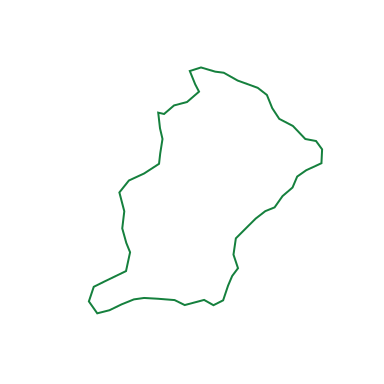 Kyra, Cyprus, rotated 158°
{"feature_id": "46923920B69110697471106", "entity_name": "Kyra", "entity_type": "district", "adm_level": 2, "iso_a3": "CYP", "parent_name": "Cyprus", "parent_adm1": "", "projection": "albers", "projection_center": [33.068, 35.212], "detail": "fine", "context": "isolated", "style": "outline", "palette": "green", "viewbox_px": 384, "rotation_deg": 158, "n_neighbors": 0, "source": "geoboundaries", "source_scale": "gbopen_adm2", "svg_char_len": 878}
<svg xmlns="http://www.w3.org/2000/svg" viewBox="0 0 384 384"><g transform="rotate(158 192 192)"><path d="M57.9,192.8L67.1,198.7L73.7,215.4L83.7,227.1L86.2,239.7L86.2,253.9L92.0,263.9L100.4,271.5L107.9,278.2L117.9,290.7L125.4,294.9L137.0,304.1L148.7,305.0L148.7,290.7L147.9,282.4L162.9,277.3L176.2,279.0L188.7,274.8L193.6,278.2L197.8,263.1L199.5,252.2L207.0,239.7L212.0,230.5L229.5,227.1L246.2,226.3L259.5,218.8L262.0,199.5L270.3,184.4L272.0,169.4L272.0,159.3L282.8,143.4L306.9,141.8L318.6,140.9L328.6,129.2L325.3,115.0L312.8,113.3L299.4,114.2L286.1,114.2L276.1,111.7L263.6,105.8L248.6,98.3L241.1,89.9L221.2,87.4L214.5,79.0L203.7,79.9L193.7,91.6L186.2,99.1L177.9,104.1L177.0,118.4L168.7,132.6L152.9,139.3L142.9,143.5L131.2,146.8L121.2,146.8L109.6,154.3L97.1,158.5L88.7,166.9L77.9,169.4L61.2,170.2L55.4,182.8L57.9,192.8Z" fill="none" stroke="#15803d" stroke-width="2"/></g></svg>